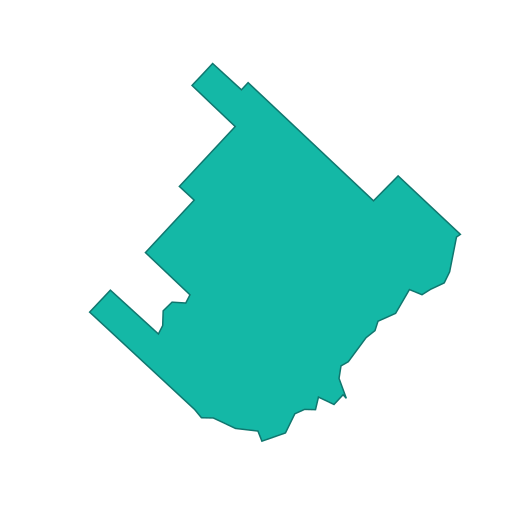 Jefferson Davis, Louisiana, United States of America (orthographic projection), rotated 43°
{"feature_id": "52423323B3743396317208", "entity_name": "Jefferson Davis", "entity_type": "district", "adm_level": 2, "iso_a3": "USA", "parent_name": "United States of America", "parent_adm1": "Louisiana", "projection": "orthographic", "projection_center": [-92.778, 30.263], "detail": "fine", "context": "isolated", "style": "filled", "palette": "teal", "viewbox_px": 512, "rotation_deg": 43, "n_neighbors": 0, "source": "geoboundaries", "source_scale": "gbopen_adm2", "svg_char_len": 778}
<svg xmlns="http://www.w3.org/2000/svg" viewBox="0 0 512 512"><g transform="rotate(43 256 256)"><path d="M389.7,105.4L390.7,100.8L305.3,100.5L304.3,135.5L132.0,134.6L132.0,144.4L93.0,144.8L93.0,159.0L92.9,171.5L92.9,174.9L118.9,175.2L152.5,175.5L152.5,257.4L172.7,257.3L172.8,328.9L234.2,329.4L236.7,338.3L226.1,347.0L225.5,359.4L235.2,370.5L237.8,379.6L172.8,380.3L172.6,410.5L315.7,410.1L326.4,411.5L335.2,403.6L358.6,396.1L376.8,382.7L386.6,387.4L393.9,373.5L398.2,365.3L392.0,344.9L396.1,335.1L404.3,327.8L397.9,316.6L414.3,311.4L414.3,298.1L419.1,298.5L400.2,288.9L393.1,278.4L395.6,270.4L392.2,240.7L393.9,229.4L389.7,220.5L397.2,202.7L391.1,175.9L403.8,171.1L406.4,161.3L412.0,147.3L408.4,135.5L389.7,105.4Z" fill="#14b8a6" stroke="#0f766e" stroke-width="1.5"/></g></svg>